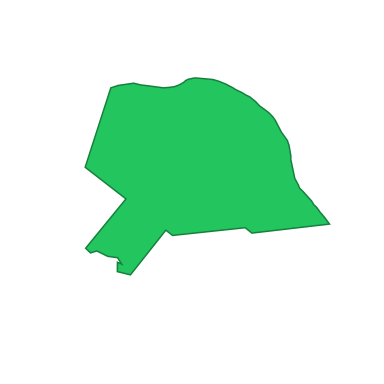 outline of Monroe, Illinois, United States of America, rotated 128°
{"feature_id": "52423323B604862894411", "entity_name": "Monroe", "entity_type": "district", "adm_level": 2, "iso_a3": "USA", "parent_name": "United States of America", "parent_adm1": "Illinois", "projection": "mercator", "projection_center": [-90.238, 38.304], "detail": "fine", "context": "isolated", "style": "filled", "palette": "green", "viewbox_px": 384, "rotation_deg": 128, "n_neighbors": 0, "source": "geoboundaries", "source_scale": "gbopen_adm2", "svg_char_len": 932}
<svg xmlns="http://www.w3.org/2000/svg" viewBox="0 0 384 384"><g transform="rotate(128 192 192)"><path d="M96.9,142.7L95.8,143.9L95.6,144.1L94.4,146.0L92.7,148.5L89.7,158.7L84.2,170.6L83.0,174.6L82.2,180.6L82.5,191.8L81.6,197.7L81.5,205.1L82.5,209.8L82.9,213.7L84.4,220.5L84.7,223.9L86.2,232.0L88.2,239.0L89.8,243.1L90.1,243.8L90.8,245.3L99.9,259.4L101.2,260.8L105.4,264.3L108.0,265.6L110.9,266.1L115.6,268.1L120.1,270.9L123.6,274.4L127.4,278.5L137.8,296.1L138.9,297.7L142.2,305.0L153.5,315.8L158.9,319.4L159.9,320.1L238.3,291.4L238.1,239.8L301.8,241.2L302.5,234.5L297.1,230.7L294.6,218.8L289.6,210.2L292.1,203.0L293.3,207.5L300.7,201.8L295.2,189.5L238.2,189.1L238.2,180.6L187.4,128.1L187.5,119.5L132.6,63.9L130.3,72.4L129.7,75.2L129.1,78.4L127.4,84.2L127.0,88.2L125.4,92.4L124.8,96.0L123.2,105.1L122.7,109.6L121.0,112.5L118.0,119.4L105.5,134.2L102.6,136.4L96.9,142.7Z" fill="#22c55e" stroke="#15803d" stroke-width="1.5"/></g></svg>